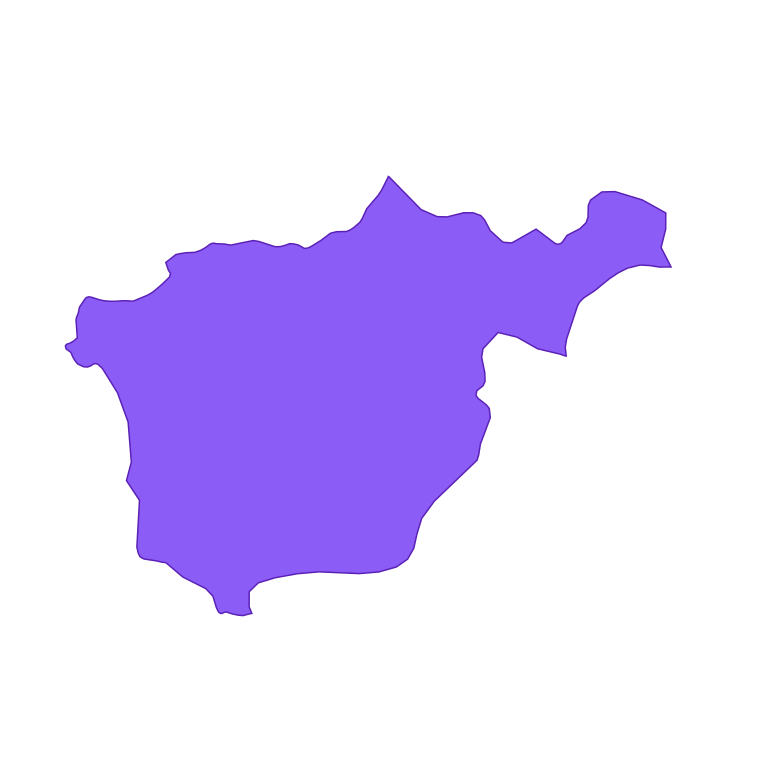 an SVG outline of Ticino, rotated 260°
{"feature_id": "CHE-168", "entity_name": "Ticino", "entity_type": "Canton", "adm_level": 1, "iso_a3": "CHE", "parent_name": "Switzerland", "parent_adm1": "", "projection": "orthographic", "projection_center": [8.86, 46.227], "detail": "fine", "context": "isolated", "style": "filled", "palette": "violet", "viewbox_px": 768, "rotation_deg": 260, "n_neighbors": 0, "source": "natural_earth", "source_scale": "10m", "svg_char_len": 2386}
<svg xmlns="http://www.w3.org/2000/svg" viewBox="0 0 768 768"><g transform="rotate(260 384 384)"><path d="M359.5,473.6L356.9,472.6L353.6,474.1L345.5,481.3L341.7,483.4L332.5,482.9L308.1,468.5L297.9,465.0L292.8,462.4L259.9,413.2L245.1,397.8L230.6,390.4L217.0,384.8L207.4,376.8L201.7,364.6L199.8,346.1L201.6,326.6L210.3,287.4L212.2,265.6L212.1,242.8L210.0,225.7L202.9,215.2L187.9,212.5L181.0,214.0L181.0,213.7L180.9,210.6L180.4,205.0L181.7,200.1L183.9,194.7L186.6,189.6L187.0,188.0L186.8,186.5L186.2,185.0L186.4,183.2L188.1,181.5L192.8,180.1L204.7,178.7L213.4,173.0L228.8,152.4L246.0,138.1L247.2,134.2L249.3,129.2L253.4,117.2L254.7,115.4L256.4,113.7L260.3,112.6L266.3,112.3L311.9,123.0L333.6,113.6L350.9,121.6L391.0,125.4L421.7,120.0L448.1,109.4L453.1,105.7L454.3,103.2L453.9,100.7L452.8,98.4L452.2,95.0L453.1,91.2L456.8,85.9L460.5,83.8L464.5,82.3L469.5,81.1L473.8,77.0L476.7,76.8L478.2,78.1L478.8,82.0L480.2,85.8L482.8,90.0L500.5,91.8L503.1,92.8L506.7,95.1L512.6,97.5L519.5,104.1L520.8,105.8L521.2,108.2L520.2,111.1L516.3,118.5L514.5,123.0L513.1,128.4L512.2,133.2L511.2,142.2L510.4,146.2L509.6,149.3L509.2,151.6L512.4,166.1L513.8,170.2L515.4,173.7L521.0,183.1L526.6,191.4L530.3,193.0L531.4,192.3L533.8,191.4L541.6,190.2L547.6,201.5L547.8,206.0L547.6,212.2L546.5,220.5L547.5,226.8L549.4,232.1L552.0,237.2L552.4,240.3L551.2,243.6L549.6,251.0L547.4,257.1L548.0,280.0L546.2,285.3L538.2,300.4L537.3,305.5L537.7,310.5L538.6,315.3L537.8,319.0L535.7,323.9L531.4,329.1L531.1,332.1L532.0,335.9L536.2,346.5L541.7,357.3L542.0,360.1L542.2,363.9L540.7,373.6L541.6,377.6L543.4,381.6L547.5,388.4L551.0,391.5L559.7,397.5L570.7,410.9L575.3,415.3L587.3,424.2L587.6,424.3L587.3,424.8L549.3,450.8L539.6,465.4L537.6,475.2L538.8,492.2L537.1,501.6L533.0,508.6L528.0,511.6L516.5,515.3L503.0,525.7L500.7,534.3L510.1,560.7L492.9,576.7L491.7,578.6L491.4,580.6L491.7,582.5L492.9,584.4L498.6,590.1L502.9,603.9L507.7,611.0L512.9,613.9L524.4,616.2L529.3,619.4L535.3,631.9L533.4,644.8L520.3,670.5L503.5,691.2L487.6,688.3L470.3,680.6L454.1,685.6L449.4,687.0L451.4,675.3L454.5,666.3L456.7,656.9L455.8,643.8L452.8,633.9L448.4,624.0L439.3,607.7L434.1,595.6L430.7,590.8L427.1,588.0L396.9,571.8L388.9,568.9L379.9,568.3L380.7,566.3L382.8,562.7L392.0,541.4L407.1,523.1L414.9,505.3L401.5,487.6L393.6,484.8L377.5,485.2L369.1,484.0L365.1,481.3L361.2,474.2L359.5,473.6Z" fill="#8b5cf6" stroke="#5b21b6" stroke-width="1.5"/></g></svg>